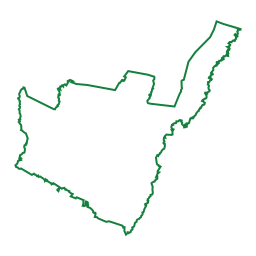 Zacualpan, Morelos, Mexico (Mercator projection)
{"feature_id": "50627088B38622860816181", "entity_name": "Zacualpan", "entity_type": "district", "adm_level": 2, "iso_a3": "MEX", "parent_name": "Mexico", "parent_adm1": "Morelos", "projection": "mercator", "projection_center": [-98.741, 18.81], "detail": "fine", "context": "isolated", "style": "outline", "palette": "green", "viewbox_px": 256, "rotation_deg": 0, "n_neighbors": 0, "source": "geoboundaries", "source_scale": "gbopen_adm2", "svg_char_len": 5739}
<svg xmlns="http://www.w3.org/2000/svg" viewBox="0 0 256 256"><path d="M19.8,96.0L19.4,97.8L18.2,98.1L18.1,98.5L20.0,101.1L19.6,101.7L20.0,104.4L19.4,105.1L19.4,106.1L20.0,106.7L19.8,108.2L18.8,109.2L19.6,110.4L19.6,113.3L20.2,113.9L20.7,116.4L20.1,117.7L20.3,119.3L18.8,119.7L18.9,120.1L19.7,120.7L19.9,121.4L18.8,122.1L21.1,125.1L21.4,128.8L21.0,130.1L21.9,130.4L24.2,132.4L25.9,133.4L27.8,138.6L27.3,139.5L26.7,143.4L26.6,143.7L25.9,143.6L25.8,145.1L24.6,145.2L24.4,145.8L24.2,147.2L24.8,148.4L24.9,150.2L24.5,152.3L23.9,152.9L22.8,152.9L21.7,154.3L20.1,155.1L19.7,157.0L21.4,158.8L21.2,159.0L19.3,158.8L19.4,159.5L20.4,160.2L18.1,160.8L17.3,163.6L15.4,165.3L16.2,167.1L17.5,167.3L18.7,168.6L20.0,168.9L21.0,168.5L31.9,174.9L33.9,173.7L35.0,174.7L35.5,174.6L37.0,176.2L38.1,175.5L38.7,176.9L40.2,176.5L43.8,179.0L44.6,179.8L44.9,180.8L45.7,179.5L46.4,180.8L47.0,180.2L48.0,181.5L51.2,183.4L51.4,184.0L51.8,183.5L52.9,184.1L53.4,183.2L59.6,187.2L58.6,189.4L57.6,189.3L57.3,190.0L58.4,191.1L59.7,187.3L61.9,188.7L62.6,188.2L64.2,187.9L64.2,188.3L65.9,189.3L65.6,189.7L69.3,191.1L69.1,191.8L71.0,193.3L72.7,194.0L70.8,196.4L75.8,198.4L76.6,197.3L83.7,200.2L83.3,201.8L83.5,203.2L82.7,205.8L84.0,206.1L84.7,205.4L85.9,205.1L86.0,206.5L86.3,204.7L86.0,204.5L85.6,203.2L86.0,201.5L87.1,201.9L87.9,202.7L87.6,204.3L87.7,205.2L88.1,205.2L87.7,207.1L90.0,207.8L92.0,209.6L93.2,211.0L93.1,212.2L94.2,213.1L94.5,213.1L94.5,212.7L95.4,212.8L95.6,214.0L94.8,217.0L97.1,217.2L98.0,218.3L106.1,221.8L109.2,221.3L122.5,225.7L123.2,227.5L124.5,227.2L124.4,231.0L126.0,234.6L127.3,233.2L128.3,233.2L128.0,232.3L129.4,232.5L130.6,232.2L131.2,230.2L132.2,229.7L132.7,228.9L132.2,227.5L134.1,226.4L135.0,222.8L136.5,221.9L136.7,220.4L137.4,219.5L139.1,218.9L139.7,218.0L141.0,217.2L141.2,215.8L142.3,214.8L142.7,213.8L142.4,212.5L143.5,212.1L144.5,208.7L145.9,206.3L146.2,205.3L145.3,205.0L145.1,204.2L148.0,202.7L148.2,201.3L147.8,201.3L147.5,200.6L148.1,200.0L147.7,199.2L148.8,198.3L149.4,196.9L150.5,196.4L150.5,194.9L152.1,194.6L152.5,194.1L152.8,192.3L152.4,189.2L152.7,186.8L151.5,183.5L151.8,182.8L153.6,181.7L154.6,181.6L155.1,180.3L157.2,178.9L157.3,178.4L156.3,177.7L157.3,177.1L157.4,176.5L156.5,176.2L157.1,175.1L157.2,174.1L159.1,172.4L157.7,172.1L157.6,171.3L160.6,166.6L160.0,166.3L159.3,166.6L158.8,166.2L158.6,165.1L157.3,164.6L156.7,163.0L156.0,157.7L157.3,155.2L158.3,155.9L158.8,154.6L159.7,154.1L159.9,153.1L161.0,152.4L161.8,150.6L162.9,149.4L164.3,148.6L164.9,145.7L164.8,143.7L163.8,143.7L163.5,143.2L163.5,142.6L164.5,141.1L163.7,140.1L164.0,137.6L164.3,137.2L165.2,137.6L164.8,136.3L166.4,134.6L171.6,134.9L172.5,134.6L172.4,131.4L173.2,130.0L171.8,130.2L171.5,129.7L172.7,129.0L171.9,128.6L171.3,127.2L171.6,125.9L171.8,125.5L172.9,125.0L172.4,124.5L173.3,123.8L174.7,123.1L175.8,123.2L176.3,122.5L176.4,121.3L178.1,121.4L179.8,120.0L181.6,120.5L181.0,121.5L182.2,122.6L182.0,124.0L183.2,125.4L183.9,125.4L184.1,127.4L185.4,127.2L184.6,125.2L184.9,124.8L186.0,126.1L186.8,126.4L186.9,125.0L186.3,123.9L186.4,123.5L187.0,123.2L187.8,123.7L189.0,123.1L190.3,118.5L192.3,117.5L191.8,118.4L193.1,118.3L194.6,115.8L195.5,115.4L196.1,113.6L197.8,111.4L198.8,110.8L198.7,110.3L199.8,108.5L200.2,108.6L200.7,108.3L200.5,107.5L201.6,106.8L201.9,105.6L202.5,105.0L203.9,104.8L204.6,104.0L204.8,102.7L203.9,102.4L203.1,101.2L202.1,101.0L202.7,99.9L203.7,99.7L204.4,98.7L205.7,98.6L206.4,98.0L206.6,95.9L205.0,93.1L205.3,92.6L206.0,92.9L206.1,93.9L206.8,94.0L207.3,93.8L207.4,92.3L209.3,91.4L209.7,90.8L209.7,90.2L208.8,89.3L208.4,87.7L209.0,86.0L208.9,85.4L207.8,84.5L208.4,83.3L207.9,82.7L208.0,82.1L209.4,81.9L210.4,80.0L211.3,80.0L211.8,79.3L211.2,78.4L209.8,78.5L208.8,78.0L209.0,77.3L210.6,76.4L210.6,75.4L212.8,74.4L212.6,73.6L212.1,73.2L211.1,73.3L211.0,72.9L213.3,70.0L213.2,67.6L215.0,65.9L215.6,66.0L216.0,65.2L216.7,65.5L217.1,64.6L218.8,63.2L218.6,62.9L216.8,63.1L216.6,62.4L216.9,62.0L218.2,62.1L219.1,60.9L219.6,61.2L220.7,60.3L221.4,60.6L221.9,60.0L221.9,58.7L223.1,59.5L223.7,59.2L223.5,57.6L223.0,57.2L223.6,56.2L225.1,56.3L225.6,55.6L226.2,55.5L228.2,56.0L228.1,55.1L227.3,55.0L226.7,54.3L227.0,53.6L228.0,54.0L228.3,53.5L226.9,52.1L227.1,51.8L228.0,52.1L227.9,51.0L227.3,50.8L227.8,49.8L228.6,50.2L229.2,50.0L229.6,48.5L227.4,46.9L229.2,46.6L229.2,45.9L230.2,45.3L230.2,44.6L228.5,43.3L229.8,42.0L231.3,42.2L231.3,41.8L232.6,41.2L232.9,40.6L233.4,40.4L234.6,41.0L235.1,40.6L235.1,39.5L236.1,38.8L236.0,37.1L237.5,36.5L237.5,36.1L237.4,35.7L235.0,35.5L234.6,35.1L234.8,34.5L235.3,34.1L236.4,34.9L237.3,34.5L237.9,33.4L237.3,31.8L237.7,31.5L237.8,30.0L240.5,29.7L240.6,29.1L223.5,24.0L216.6,21.4L213.9,29.6L210.1,37.2L195.4,52.1L188.5,61.7L183.8,79.8L182.4,80.2L181.5,81.1L181.7,87.2L182.0,87.8L181.8,88.9L181.1,89.8L180.9,91.1L181.1,91.3L179.4,94.4L174.5,106.5L150.3,103.7L148.0,103.1L147.4,101.7L147.4,100.7L149.8,97.9L149.5,97.3L150.6,95.9L149.2,94.9L149.5,94.5L150.5,94.9L150.8,94.6L151.2,93.5L151.1,92.1L151.7,91.7L152.0,89.7L153.0,88.8L152.4,88.4L154.0,84.0L153.2,80.6L154.4,78.9L154.3,76.7L147.8,74.7L128.2,71.1L124.2,76.5L125.8,77.3L124.3,80.6L123.3,81.0L123.0,80.1L122.2,79.9L120.0,82.8L119.3,82.8L115.1,90.1L87.4,85.0L76.5,84.0L71.4,82.2L72.0,81.3L72.7,81.1L71.2,80.3L70.6,80.5L69.9,79.9L69.4,80.1L68.9,81.4L67.8,81.1L67.8,82.9L66.3,85.4L64.9,84.3L63.5,85.1L63.3,86.4L62.3,85.3L61.9,85.4L61.4,86.6L60.2,86.5L59.8,87.7L60.3,89.4L58.8,88.5L58.3,88.4L57.8,88.9L59.5,91.8L59.6,92.8L59.1,93.9L59.6,94.0L60.0,94.7L59.7,95.3L58.5,95.0L58.2,97.6L59.0,98.3L58.8,100.8L59.6,101.4L58.7,104.3L57.7,104.9L57.4,105.5L57.9,106.1L55.9,107.5L55.0,109.3L53.9,109.2L49.8,107.2L27.2,96.0L24.5,87.7L23.4,87.4L22.9,88.8L21.9,89.0L20.6,90.5L20.1,92.3L19.2,93.7L19.3,95.0L19.8,96.0Z" fill="none" stroke="#15803d" stroke-width="2"/></svg>